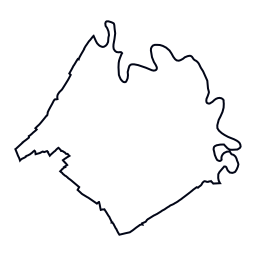 Golaiesti, Iasi, Romania
{"feature_id": "2599482B7139322777344", "entity_name": "Golaiesti", "entity_type": "district", "adm_level": 2, "iso_a3": "ROU", "parent_name": "Romania", "parent_adm1": "Iasi", "projection": "albers", "projection_center": [27.678, 47.265], "detail": "fine", "context": "isolated", "style": "outline", "palette": "ink", "viewbox_px": 256, "rotation_deg": 0, "n_neighbors": 0, "source": "geoboundaries", "source_scale": "gbopen_adm2", "svg_char_len": 5720}
<svg xmlns="http://www.w3.org/2000/svg" viewBox="0 0 256 256"><path d="M220.0,183.2L219.8,182.9L218.7,180.6L218.2,178.0L218.3,174.2L219.5,172.0L224.2,166.5L225.6,166.6L226.3,167.2L227.7,170.4L229.8,172.5L232.3,172.9L233.8,172.5L235.2,171.8L236.7,169.4L237.8,166.8L238.4,164.4L238.0,162.8L237.0,160.4L236.5,158.6L235.4,156.5L233.6,154.9L231.7,154.3L231.0,153.6L229.8,151.5L228.8,151.5L226.8,151.7L224.2,152.9L222.7,154.4L221.7,156.3L221.4,158.0L221.6,159.7L220.9,160.5L219.9,161.0L218.5,160.7L217.2,160.0L216.2,158.3L214.8,154.9L214.1,151.4L213.6,149.6L213.7,148.2L214.0,147.1L214.8,146.2L216.6,145.3L220.2,144.6L223.9,144.5L227.5,148.3L229.6,149.6L232.0,149.8L237.4,149.5L239.8,148.0L240.6,146.7L240.4,144.9L239.7,143.2L238.5,141.9L236.8,140.7L234.1,139.3L228.1,136.9L224.6,135.0L221.7,133.1L218.9,130.6L217.4,128.2L217.3,125.3L218.7,119.9L220.5,116.4L222.5,111.9L223.6,107.7L223.8,103.7L223.6,101.7L223.6,100.2L222.7,99.1L221.5,98.3L219.6,97.9L217.9,98.1L216.1,98.8L214.5,99.9L212.5,101.8L209.7,103.5L208.3,103.5L207.1,103.0L206.5,102.1L206.3,100.8L206.5,98.9L207.7,96.1L208.6,93.5L208.9,92.4L208.8,91.5L208.0,88.5L207.3,80.7L203.1,71.3L200.8,67.7L199.1,64.2L198.5,63.2L197.4,61.9L196.2,60.9L194.7,60.1L193.7,59.3L192.0,56.8L190.7,55.9L189.4,55.8L187.5,56.2L184.8,57.3L183.0,58.8L180.6,60.1L178.8,60.7L176.7,60.4L175.1,59.2L173.3,56.8L171.5,53.5L169.5,50.5L166.1,47.6L162.8,45.9L159.9,45.0L157.7,44.9L154.7,44.9L153.0,45.5L151.8,46.8L151.0,48.5L150.9,50.5L152.0,57.2L153.9,62.0L155.7,64.9L156.8,67.3L156.8,68.8L156.2,69.8L155.1,70.4L153.6,70.6L151.8,70.2L145.8,67.7L138.1,65.1L134.0,64.3L132.1,64.3L130.5,64.8L129.3,66.1L128.6,68.4L127.7,72.0L128.0,75.2L127.6,78.4L126.5,80.9L125.9,81.8L124.9,82.2L123.6,82.0L122.5,81.3L120.8,79.4L119.8,77.3L118.9,74.9L118.5,67.3L118.7,63.0L119.1,60.6L119.9,58.2L121.4,54.4L122.1,53.2L121.3,52.3L120.1,52.1L118.5,52.3L116.5,52.0L114.9,50.8L113.7,48.9L113.4,46.7L113.5,44.4L114.5,38.9L115.2,33.3L114.6,28.6L114.3,25.1L113.8,23.5L112.7,22.8L111.0,22.1L108.3,21.3L106.5,21.4L105.8,22.0L105.3,23.4L105.6,25.9L107.2,28.2L108.5,31.5L109.0,35.1L108.4,37.6L108.1,41.9L107.0,44.3L105.6,45.8L103.8,46.8L102.3,46.9L100.2,46.1L98.9,45.2L97.1,43.3L95.9,41.1L93.6,35.9L93.0,36.4L90.0,40.2L89.0,41.2L88.3,42.2L86.9,44.3L85.6,46.1L84.4,48.2L84.1,48.8L84.2,49.0L82.6,51.8L81.3,54.0L79.6,57.1L78.9,58.6L78.7,59.4L77.8,59.0L76.8,60.5L75.8,62.2L74.9,63.7L74.0,65.2L73.6,65.6L72.0,68.7L71.0,70.5L69.3,73.5L70.7,74.9L68.2,79.6L65.8,83.5L63.6,87.0L63.3,87.5L62.3,89.0L62.0,89.5L60.9,90.6L60.1,91.4L59.3,92.2L58.5,93.4L57.9,94.3L57.5,95.3L57.3,96.5L57.3,97.8L57.5,99.1L56.1,99.4L55.2,99.3L54.7,99.5L53.9,100.5L53.1,102.0L52.3,103.6L51.7,104.7L50.3,107.2L48.7,110.2L47.7,112.4L47.7,113.1L47.6,113.7L47.3,114.8L47.3,115.1L46.6,115.9L46.4,115.9L46.3,116.0L43.9,119.0L41.1,122.4L39.3,124.5L38.6,125.1L38.1,125.6L37.0,126.6L35.4,128.2L36.7,129.5L35.9,130.3L33.1,132.6L32.0,133.7L30.7,134.8L30.3,135.2L29.7,135.6L28.8,136.1L28.9,136.7L29.0,137.3L28.9,137.6L26.4,139.6L22.9,142.2L23.0,142.3L15.6,149.1L15.4,149.2L17.2,153.6L17.9,155.5L19.2,158.1L20.0,160.5L20.4,160.0L21.7,159.0L22.3,158.6L22.6,158.5L23.7,158.0L24.7,157.5L25.7,156.9L25.8,156.6L25.8,156.4L26.0,156.3L26.5,155.9L27.7,155.5L29.8,154.4L30.2,154.2L30.6,153.8L31.9,152.9L32.3,152.5L33.0,151.8L33.7,151.2L34.1,151.0L34.4,150.7L35.0,151.2L35.2,151.6L35.3,152.0L35.5,153.1L35.5,153.7L35.6,154.2L40.0,153.0L40.5,152.6L41.3,152.3L42.5,151.6L43.0,151.6L44.1,152.1L47.1,151.1L48.0,152.0L47.9,152.2L48.2,152.9L49.8,155.7L50.7,154.7L54.4,151.4L55.2,150.9L56.0,149.9L56.8,149.1L58.4,147.8L58.7,148.0L59.9,149.3L60.6,150.0L60.9,150.4L61.0,150.8L61.1,151.0L61.3,151.0L61.9,150.9L62.1,151.0L62.7,151.2L63.4,151.6L63.9,152.0L64.5,152.3L65.0,152.6L65.4,153.1L65.5,153.3L66.0,153.8L66.3,153.9L67.4,153.9L67.9,154.2L68.9,155.5L69.4,155.9L68.6,156.4L66.6,157.6L65.8,158.2L64.8,158.8L62.9,160.2L63.2,160.6L63.6,161.1L63.9,161.5L64.5,161.9L65.1,162.7L66.0,163.5L66.6,164.3L67.2,165.0L64.3,166.9L64.8,167.3L64.2,167.5L63.9,167.7L62.4,169.1L61.9,169.4L61.0,170.6L60.2,171.3L60.6,171.7L60.8,171.7L61.1,172.1L61.3,172.3L62.1,172.8L62.9,173.9L64.1,174.8L64.3,175.1L64.8,175.5L66.1,176.2L67.1,177.1L67.7,177.5L67.9,177.8L68.1,178.1L68.5,178.3L68.8,178.6L70.1,179.5L70.7,180.0L71.0,180.2L79.2,187.1L77.6,189.9L81.0,193.0L81.7,193.7L83.2,194.7L83.9,195.1L87.0,197.0L88.3,197.7L96.9,203.6L97.8,202.8L98.9,202.0L99.0,202.0L99.2,202.6L99.8,205.1L100.4,208.4L100.8,209.9L101.7,209.7L102.3,209.5L103.0,209.4L103.5,209.5L104.4,209.3L106.9,213.2L107.3,213.9L108.4,215.7L109.4,217.0L109.8,218.0L111.4,221.2L111.6,222.1L111.6,222.3L111.8,222.2L112.4,222.3L112.7,223.1L113.0,223.4L113.3,223.7L113.6,224.1L113.8,224.5L114.0,225.0L114.9,226.7L115.6,228.1L116.1,228.8L116.4,229.1L116.8,230.1L117.9,232.3L118.4,233.1L118.8,233.8L119.4,234.7L125.7,233.2L129.8,232.3L132.9,230.2L136.2,227.6L139.2,225.5L139.7,225.0L141.6,224.4L142.5,224.6L142.1,223.3L143.3,222.8L145.6,221.8L145.9,221.5L146.5,220.6L147.0,219.9L147.3,219.7L147.8,219.2L148.2,219.0L148.4,218.9L154.0,215.4L154.6,215.2L155.1,214.9L157.3,213.8L158.2,213.2L159.2,212.6L160.8,211.6L162.2,210.6L164.5,209.4L165.5,208.7L166.8,207.8L168.7,206.6L169.2,206.4L169.8,205.8L170.9,205.2L172.4,204.6L173.6,204.0L175.2,203.0L176.2,202.5L178.1,201.3L178.4,201.0L178.7,200.8L181.8,198.7L182.3,198.2L183.3,197.5L188.7,193.4L192.7,190.2L193.1,189.8L193.5,189.5L196.7,187.2L197.4,187.4L197.6,187.6L198.0,187.7L199.2,186.6L200.6,185.6L201.3,184.9L201.7,184.3L202.3,183.1L202.6,182.7L203.7,181.6L204.2,181.4L204.8,181.2L205.1,181.3L206.3,181.6L207.0,181.9L207.8,181.9L208.1,181.9L208.7,181.6L209.2,181.4L209.9,181.4L210.6,181.4L211.0,181.1L212.4,182.6L213.3,183.6L214.3,183.5L216.3,183.4L220.0,183.2Z" fill="none" stroke="#020617" stroke-width="2"/></svg>